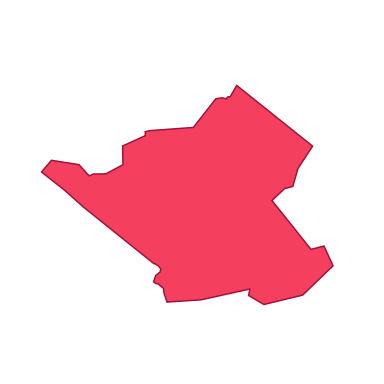 the district of Avery, North Carolina, United States of America, rotated 280°
{"feature_id": "52423323B91612624851462", "entity_name": "Avery", "entity_type": "district", "adm_level": 2, "iso_a3": "USA", "parent_name": "United States of America", "parent_adm1": "North Carolina", "projection": "orthographic", "projection_center": [-81.908, 36.099], "detail": "fine", "context": "isolated", "style": "filled", "palette": "rose", "viewbox_px": 384, "rotation_deg": 280, "n_neighbors": 0, "source": "geoboundaries", "source_scale": "gbopen_adm2", "svg_char_len": 1009}
<svg xmlns="http://www.w3.org/2000/svg" viewBox="0 0 384 384"><g transform="rotate(280 192 192)"><path d="M79.3,186.6L87.3,219.4L106.5,265.8L99.9,265.7L93.7,282.4L109.7,318.9L143.8,343.7L161.7,331.4L156.2,319.1L168.6,305.0L170.9,302.4L171.2,302.1L197.5,272.2L211.7,282.8L211.7,283.1L211.8,283.5L215.0,290.3L233.6,292.3L258.1,302.8L304.7,217.5L292.7,213.2L292.1,212.3L292.2,211.9L291.9,211.6L291.9,210.8L291.2,210.2L290.2,209.7L289.7,209.8L289.7,209.5L290.0,205.6L290.0,205.4L288.0,199.3L255.8,182.1L245.1,139.8L243.2,135.4L241.9,135.8L241.3,136.0L241.1,136.1L240.4,136.0L239.8,135.8L239.3,136.1L225.3,115.7L206.9,119.2L194.9,104.1L192.6,92.0L192.5,91.5L191.6,90.3L191.2,89.9L190.6,88.9L190.5,88.1L190.2,87.6L199.3,76.0L198.8,48.1L185.6,40.3L175.9,58.2L175.9,58.3L172.1,65.4L158.2,87.9L114.8,166.9L115.0,167.7L113.4,171.7L110.5,174.8L107.4,174.3L103.5,170.8L96.9,169.7L95.6,172.0L95.6,174.6L92.1,180.7L88.4,181.6L80.1,186.0L79.9,186.7L79.3,186.6Z" fill="#f43f5e" stroke="#9f1239" stroke-width="1.5"/></g></svg>